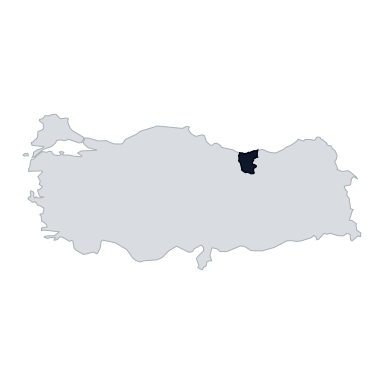 Turkey, with Giresun highlighted
{"feature_id": "TUR-2292", "entity_name": "Giresun", "entity_type": "Province", "adm_level": 1, "iso_a3": "TUR", "parent_name": "Turkey", "parent_adm1": "", "projection": "orthographic", "projection_center": [38.652, 40.562], "detail": "fine", "context": "in_parent", "style": "filled", "palette": "ink", "viewbox_px": 384, "rotation_deg": 0, "n_neighbors": 0, "source": "natural_earth", "source_scale": "10m", "svg_char_len": 4832}
<svg xmlns="http://www.w3.org/2000/svg" viewBox="0 0 384 384"><path d="M298.1,139.2L303.5,141.0L305.3,139.5L310.2,139.5L314.6,140.4L316.9,137.1L320.0,137.3L320.6,138.9L322.1,139.4L326.9,143.3L326.4,143.8L327.6,145.3L331.5,146.1L332.0,148.1L335.3,151.1L337.1,155.8L336.3,159.2L334.7,161.4L337.6,168.5L336.9,169.4L341.9,171.5L347.9,170.7L349.9,171.6L356.1,177.0L357.8,179.1L353.5,176.6L351.4,179.1L350.6,184.8L344.2,186.2L345.4,189.8L347.2,191.4L346.8,194.9L347.4,196.2L349.3,198.4L349.3,201.5L350.2,204.7L350.4,208.6L353.2,209.6L352.1,211.5L349.5,219.7L349.8,220.3L351.8,220.4L356.6,223.8L355.9,225.0L356.8,230.1L361.0,233.1L360.4,234.8L360.7,236.5L357.7,236.0L352.1,240.9L351.4,240.8L350.5,239.3L350.1,234.8L348.6,233.7L346.7,233.5L343.6,235.8L340.7,235.8L337.8,235.6L329.9,233.2L327.1,234.3L324.1,233.4L318.6,239.2L316.8,239.8L315.9,237.0L313.8,235.5L311.3,237.7L301.4,240.8L296.8,241.4L291.2,240.6L286.6,241.0L274.1,247.5L262.0,250.9L251.1,250.7L245.2,246.8L240.5,245.9L226.6,251.7L219.8,251.4L217.5,248.9L212.3,247.8L211.2,250.1L209.9,255.6L211.7,260.8L208.7,261.0L206.8,262.1L206.2,265.9L203.5,267.4L202.5,269.7L202.0,269.8L197.7,267.7L198.9,265.8L196.4,258.6L197.8,256.5L203.6,250.8L203.6,247.4L201.2,245.0L194.0,249.0L193.3,250.7L191.6,251.9L188.9,252.3L176.5,246.2L168.8,250.8L162.2,257.5L157.2,259.8L143.0,260.9L140.4,262.1L135.7,260.3L132.9,258.2L126.9,249.7L115.2,242.7L102.4,240.1L101.1,241.5L100.2,247.7L97.6,253.3L96.5,253.8L93.8,252.1L83.5,254.5L75.4,249.8L74.1,248.0L72.8,241.1L71.6,240.4L70.2,241.2L68.8,241.0L63.0,237.4L59.8,236.8L57.5,239.5L54.2,240.3L54.2,239.4L55.7,237.7L50.6,237.5L47.7,238.5L44.2,237.2L44.5,236.5L47.6,235.9L54.5,235.7L59.2,231.8L43.1,230.0L41.5,230.7L41.5,228.4L42.5,227.4L46.9,227.1L46.8,225.1L44.5,222.7L41.8,221.3L41.1,216.2L39.9,214.8L40.1,214.1L42.8,213.6L43.8,210.1L43.7,207.9L38.8,205.3L37.6,205.3L36.6,203.2L34.6,201.6L32.7,202.4L27.9,198.8L29.1,196.8L30.4,197.1L30.9,195.4L30.2,192.5L30.5,191.1L31.7,190.9L32.9,191.4L34.0,193.2L33.7,196.4L34.8,198.4L36.0,196.7L38.3,198.0L42.6,197.6L43.5,196.9L40.4,196.6L39.4,195.7L37.5,190.1L40.3,189.0L42.4,186.7L39.2,184.5L40.3,181.1L37.8,176.7L42.5,172.1L42.4,171.4L41.2,170.9L28.5,171.3L28.6,169.0L29.8,167.1L30.4,162.2L31.3,159.6L33.7,159.1L37.0,155.6L42.2,151.6L46.9,152.3L48.9,151.3L51.7,151.6L52.3,153.5L54.6,155.1L58.9,155.5L61.2,154.5L59.4,152.0L62.0,151.6L63.9,152.4L62.5,154.7L63.1,155.0L68.8,155.0L74.6,156.3L81.1,156.7L82.0,156.0L77.7,153.0L80.9,151.1L82.6,150.9L96.4,150.3L96.5,149.8L88.3,147.8L84.3,144.4L83.3,142.7L84.6,138.9L85.6,138.0L88.6,138.1L98.6,141.0L106.0,140.6L113.7,143.9L121.4,144.0L123.0,143.0L125.3,139.5L136.5,134.2L140.5,131.2L157.5,126.0L182.4,128.4L186.9,126.2L189.4,127.1L188.6,128.7L188.7,130.2L191.5,134.1L195.9,136.4L202.2,134.8L204.4,135.6L206.4,141.5L210.2,145.1L212.0,145.4L214.4,143.4L216.7,143.2L220.3,145.3L221.6,147.4L233.6,150.0L236.1,151.8L244.3,153.6L262.4,149.4L269.0,152.2L274.6,153.0L276.9,152.5L284.2,149.0L286.4,147.1L290.9,145.3L296.5,141.4L298.1,139.2ZM68.4,118.7L67.7,121.3L68.4,124.2L70.4,128.5L72.6,130.8L84.1,137.6L81.8,142.5L78.7,142.9L68.6,139.3L64.2,140.8L61.2,139.9L56.9,140.3L55.3,143.2L51.9,146.3L43.1,149.5L34.3,156.9L32.0,157.7L33.4,155.0L33.6,152.4L37.3,149.9L42.3,148.3L43.8,146.6L32.0,145.3L31.3,142.5L32.6,142.2L37.0,138.0L37.6,136.2L37.9,131.6L42.8,129.6L43.4,128.6L43.3,123.9L39.3,120.7L39.6,119.4L42.8,118.7L45.0,115.7L49.6,115.8L51.9,114.5L55.9,114.2L60.3,118.8L66.2,118.0L68.4,118.7ZM28.2,155.8L24.2,155.9L23.0,155.0L24.5,153.8L27.6,153.3L28.4,154.8L28.2,155.8Z" fill="#d9dde1" stroke="#a8b0b8" stroke-width="1"/><path d="M239.7,152.8L240.5,153.0L241.2,153.2L241.6,153.2L242.3,153.0L242.7,153.1L243.4,153.8L243.8,153.8L244.4,153.6L245.1,153.7L245.5,153.8L245.7,153.6L247.0,153.6L247.3,153.4L247.9,152.7L248.2,152.6L248.7,152.4L248.9,152.5L249.0,152.5L249.3,152.9L249.4,153.1L249.6,153.0L249.9,153.0L250.1,152.9L250.4,152.7L250.6,152.5L250.8,152.4L251.1,152.0L251.2,151.9L251.3,151.8L251.7,151.7L252.9,151.4L253.1,151.3L253.4,151.0L253.8,150.9L255.7,150.9L257.1,150.5L257.3,150.4L257.6,150.2L257.1,153.0L257.1,154.1L257.2,156.2L257.5,157.1L255.5,157.4L255.3,157.6L255.3,158.0L254.9,158.2L254.5,158.3L254.0,158.7L253.4,159.1L253.2,159.7L253.5,160.4L253.1,161.0L252.6,161.5L252.4,161.8L252.4,162.0L252.3,163.0L252.3,163.8L252.8,164.4L254.9,164.9L255.3,165.3L255.8,165.8L256.2,165.9L256.1,166.7L255.6,167.2L253.8,168.2L253.5,168.6L253.4,169.4L253.5,170.2L253.4,171.0L253.6,171.8L254.1,172.4L253.9,173.2L253.2,173.5L251.7,173.6L250.9,173.6L249.1,172.7L247.3,172.1L245.5,172.5L244.4,171.9L243.4,171.1L242.4,170.6L241.7,169.6L241.8,168.3L240.4,162.8L238.7,160.9L238.8,160.3L239.0,159.9L239.1,159.1L239.0,158.3L239.1,157.5L239.0,156.8L238.7,156.1L238.8,155.4L239.0,154.8L239.4,154.4L239.7,153.7L239.6,152.9L239.7,152.8Z" fill="#0f172a" stroke="#020617" stroke-width="1.5"/></svg>